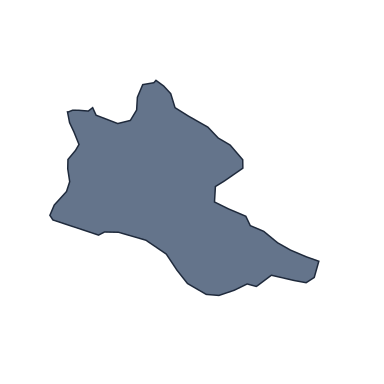 outline of Munkedal, Västra Götaland, Sweden, rotated 113°
{"feature_id": "70781695B34337656625588", "entity_name": "Munkedal", "entity_type": "district", "adm_level": 2, "iso_a3": "SWE", "parent_name": "Sweden", "parent_adm1": "Västra Götaland", "projection": "mercator", "projection_center": [11.711, 58.612], "detail": "fine", "context": "isolated", "style": "filled", "palette": "slate", "viewbox_px": 384, "rotation_deg": 113, "n_neighbors": 0, "source": "geoboundaries", "source_scale": "gbopen_adm2", "svg_char_len": 953}
<svg xmlns="http://www.w3.org/2000/svg" viewBox="0 0 384 384"><g transform="rotate(113 192 192)"><path d="M272.1,309.1L269.0,271.6L268.2,261.2L263.0,256.9L257.8,244.0L254.4,215.6L259.2,191.4L269.9,175.2L278.0,160.4L280.7,138.9L276.7,126.8L265.9,114.7L255.1,105.3L253.8,95.9L252.6,95.1L237.6,86.4L233.6,63.6L230.9,51.5L222.9,46.1L206.2,48.2L207.0,61.5L207.0,78.7L205.3,93.4L200.2,110.6L200.2,125.2L193.3,133.0L193.3,151.9L192.4,167.4L177.8,172.6L169.2,166.5L159.7,160.5L150.2,154.5L142.5,157.9L133.9,175.2L132.1,188.9L126.1,202.7L123.5,225.1L121.0,240.6L109.8,250.0L105.5,259.5L103.3,268.8L106.3,269.8L112.4,279.3L117.5,279.3L126.1,279.3L138.2,275.0L150.2,276.7L158.0,287.1L158.8,310.3L153.2,316.4L158.0,319.1L161.1,328.4L163.4,333.9L166.5,337.0L166.9,337.9L176.0,331.8L182.9,324.1L192.4,314.6L199.3,315.5L210.5,318.9L219.1,315.5L230.3,308.6L240.6,307.7L257.8,313.7L269.0,313.7L272.1,309.1Z" fill="#64748b" stroke="#1e293b" stroke-width="1.5"/></g></svg>